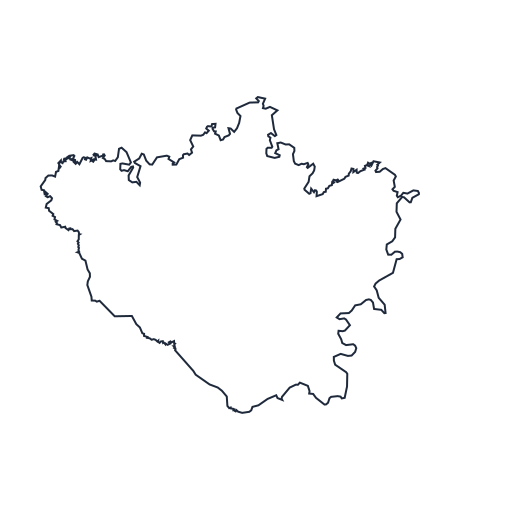 Ban Muang, Sakon Nakhon, Thailand, rotated 67°
{"feature_id": "78962969B64071020381099", "entity_name": "Ban Muang", "entity_type": "district", "adm_level": 2, "iso_a3": "THA", "parent_name": "Thailand", "parent_adm1": "Sakon Nakhon", "projection": "albers", "projection_center": [103.488, 17.919], "detail": "fine", "context": "isolated", "style": "outline", "palette": "slate", "viewbox_px": 512, "rotation_deg": 67, "n_neighbors": 0, "source": "geoboundaries", "source_scale": "gbopen_adm2", "svg_char_len": 6102}
<svg xmlns="http://www.w3.org/2000/svg" viewBox="0 0 512 512"><g transform="rotate(67 256 256)"><path d="M126.3,428.4L129.3,430.6L131.0,428.1L133.5,428.8L138.2,426.2L139.5,427.5L141.6,425.8L143.6,427.2L146.0,425.3L146.3,427.0L147.9,426.4L148.8,427.2L151.0,424.3L153.7,424.1L154.5,420.2L155.8,420.4L158.9,418.5L157.7,417.2L158.0,416.1L158.8,416.4L159.6,414.4L162.0,413.7L162.9,410.3L164.8,409.8L166.8,410.3L167.2,409.7L167.4,410.9L171.5,412.7L172.7,414.6L174.3,414.0L175.2,415.2L176.9,414.9L178.3,416.1L179.4,415.8L181.1,417.1L182.8,417.1L182.8,418.9L184.1,417.5L190.5,417.3L193.6,414.8L202.6,416.3L207.0,415.7L210.3,417.0L213.6,420.7L216.8,422.6L229.2,423.4L232.8,424.6L234.3,421.4L235.8,420.4L236.1,417.5L256.3,409.6L262.7,393.7L272.0,392.8L276.4,390.8L282.7,390.8L283.9,389.4L285.8,390.3L288.2,387.5L288.8,388.2L290.2,386.0L292.3,384.8L292.6,382.6L293.9,381.2L296.2,380.2L295.8,379.1L296.8,379.6L298.3,378.7L297.5,377.0L298.0,375.1L299.7,375.5L299.6,374.7L301.9,373.9L301.3,373.4L303.2,372.1L303.1,369.4L301.4,369.9L301.2,368.1L302.5,367.6L302.3,364.7L304.1,365.3L305.0,364.8L305.2,365.7L307.3,366.1L307.0,366.9L308.3,366.3L308.7,367.3L310.2,366.4L311.2,367.3L337.3,358.6L341.7,357.9L356.1,348.9L362.1,342.6L366.8,340.0L373.9,337.8L382.8,340.9L385.6,340.1L385.6,338.5L386.5,338.7L387.9,336.5L389.0,337.0L389.1,335.8L390.1,336.2L391.1,335.4L390.3,334.2L392.3,333.3L395.0,330.0L396.8,323.1L396.2,320.7L393.5,318.2L394.4,312.1L392.1,301.2L392.1,291.8L395.2,291.7L398.7,288.1L397.3,288.2L395.8,287.1L390.3,276.4L390.0,269.6L390.9,267.7L389.7,265.1L395.8,259.0L401.3,259.5L403.4,260.8L405.3,257.3L410.0,256.2L419.5,251.0L420.0,249.5L419.2,247.0L415.6,243.9L415.0,241.9L416.9,235.6L418.5,233.1L420.6,232.7L421.2,229.8L411.7,223.2L400.1,218.0L398.2,218.4L387.0,225.6L382.8,225.2L379.3,223.8L379.2,216.3L383.9,210.4L385.0,206.9L383.0,202.2L380.0,199.7L377.2,199.8L375.2,201.0L373.2,207.9L369.8,210.6L365.9,210.1L359.7,210.7L357.1,209.2L359.1,205.6L359.4,203.3L356.4,196.6L349.6,198.0L347.9,199.2L346.8,203.8L344.1,205.7L341.9,200.6L344.8,192.8L343.6,189.2L340.2,184.0L341.4,178.4L339.5,171.9L340.0,169.1L341.3,167.5L344.5,166.5L350.9,168.0L354.5,161.7L358.8,160.2L359.1,159.0L351.1,156.6L342.4,159.4L334.8,158.3L330.2,159.2L328.1,156.7L326.7,152.2L325.0,136.5L313.9,127.8L314.9,125.0L314.5,121.5L311.2,120.6L308.9,121.7L307.3,123.9L306.3,126.4L307.7,130.9L306.4,133.8L300.9,133.5L296.5,131.1L295.7,124.8L293.2,120.7L285.4,117.1L278.9,108.7L270.2,109.4L262.5,105.8L258.8,98.4L259.8,96.8L266.6,93.7L267.0,92.5L263.5,89.3L262.8,82.0L261.7,81.4L259.4,81.6L257.1,85.5L257.7,92.2L255.4,95.7L257.1,98.9L257.3,102.5L255.5,102.8L252.5,100.7L249.7,103.9L247.9,104.3L246.6,101.2L240.3,99.8L237.4,96.2L235.5,96.4L225.7,102.5L225.5,105.2L226.8,109.2L225.6,112.7L224.1,112.7L222.8,109.9L221.4,109.8L220.4,108.4L219.4,108.7L218.3,105.5L214.7,110.8L218.0,114.6L216.9,115.3L215.4,113.0L215.3,115.5L213.9,116.4L215.3,117.7L217.0,117.3L215.6,118.7L215.6,120.5L217.7,120.8L217.6,122.8L218.9,122.4L218.7,126.7L219.5,129.7L218.7,130.7L215.9,129.7L216.8,133.6L213.9,132.3L212.8,133.9L215.1,135.8L216.5,138.4L218.2,139.3L218.1,142.7L219.4,144.5L219.8,152.1L219.1,152.7L217.5,150.1L217.7,152.6L216.1,154.8L216.8,155.6L218.8,155.4L219.0,156.5L218.0,157.1L220.4,158.5L220.1,161.1L221.8,163.4L221.4,165.3L224.1,166.7L223.7,168.7L225.1,170.4L224.6,176.9L220.7,174.9L219.3,175.0L218.5,176.0L219.9,177.7L215.6,178.9L219.5,181.3L219.5,182.7L214.0,185.4L212.8,185.2L208.3,178.6L203.5,175.6L202.0,171.6L199.9,169.0L196.7,167.0L193.4,167.3L195.1,174.0L194.1,174.4L192.1,172.0L190.5,172.1L190.2,176.1L188.9,178.0L189.0,181.2L186.3,183.9L183.4,184.1L176.7,182.2L174.3,179.6L171.4,178.5L166.2,181.8L164.9,185.2L161.2,188.9L160.5,192.3L166.5,193.5L166.7,195.9L168.8,198.1L172.5,194.8L173.8,195.8L173.0,200.5L168.4,206.6L165.5,206.4L161.5,204.5L160.9,202.9L162.5,199.4L161.8,198.3L154.8,198.0L152.7,196.5L150.6,197.9L149.1,197.5L148.7,194.2L153.0,191.8L152.6,190.0L146.4,189.9L132.6,186.4L130.3,179.4L124.2,184.9L124.2,189.5L122.6,191.8L120.7,190.3L118.6,190.2L114.7,186.1L110.4,192.3L111.0,194.2L114.5,192.9L115.4,194.0L112.3,201.9L112.6,216.4L113.5,217.1L117.1,217.2L121.1,215.6L126.9,219.5L131.0,223.6L133.2,227.6L128.8,229.5L127.6,231.4L133.4,232.2L134.3,233.9L134.2,238.5L135.9,240.8L135.6,243.3L130.6,243.1L127.4,245.9L125.6,244.4L124.8,245.9L121.9,246.3L121.1,245.5L121.6,243.4L118.5,241.6L117.4,244.9L119.4,246.4L117.7,249.5L117.9,250.6L119.2,252.0L122.2,250.5L123.6,253.5L122.3,254.6L123.8,257.2L123.7,259.7L120.1,267.5L123.6,271.3L130.7,271.0L132.4,274.2L135.9,274.5L136.9,278.1L134.9,279.0L134.1,282.8L134.7,283.9L137.0,284.7L136.9,288.8L140.7,293.6L139.4,297.0L138.4,296.6L137.9,294.8L132.5,298.6L130.7,297.0L128.8,298.9L126.5,308.6L131.3,315.8L130.1,318.1L125.3,319.8L118.7,319.6L117.2,321.2L120.6,325.4L121.6,331.3L123.0,331.2L128.2,327.2L136.9,334.5L143.2,334.0L145.4,335.4L141.0,337.1L139.9,341.1L136.4,343.4L132.1,341.8L126.6,334.5L125.5,334.3L125.2,336.0L127.9,340.9L125.4,343.9L125.0,346.5L123.1,347.1L118.2,344.8L118.6,342.8L122.4,337.0L121.0,334.6L109.8,334.6L103.8,337.4L103.8,340.2L111.1,344.6L113.5,348.5L112.2,350.1L112.3,352.3L110.1,356.9L107.7,357.3L106.0,358.6L104.4,356.0L103.0,356.2L102.8,357.0L103.8,357.7L103.5,362.2L101.0,362.1L101.1,363.8L100.0,362.9L98.6,364.6L99.3,366.0L100.2,365.8L100.5,364.6L104.8,365.6L104.2,366.7L105.6,369.0L104.9,369.4L103.7,368.4L103.9,371.0L101.5,369.3L101.5,370.7L99.3,372.8L101.0,374.8L100.2,375.6L99.2,374.5L97.8,376.0L97.9,377.2L102.5,382.7L99.6,383.8L100.7,386.0L98.8,386.8L99.0,385.6L96.9,385.0L95.6,386.4L96.8,387.0L94.1,389.7L95.2,386.7L92.9,384.1L91.9,384.5L90.8,388.7L91.1,390.1L92.1,388.5L93.1,389.8L92.3,391.0L93.1,393.5L92.0,392.6L91.5,394.5L92.1,395.1L94.2,394.6L93.6,396.4L94.9,397.8L93.4,398.9L91.8,398.3L93.6,402.4L93.4,400.6L95.1,401.6L97.4,400.9L98.1,402.1L97.0,402.6L100.5,404.7L100.4,407.2L104.4,409.9L102.2,412.2L100.8,415.7L102.0,419.3L103.7,420.3L107.8,427.0L111.3,427.5L112.6,425.5L116.5,426.4L116.6,425.6L115.1,424.6L117.4,423.5L118.8,426.0L120.5,424.8L120.5,422.1L123.1,421.2L124.8,422.7L126.3,428.4Z" fill="none" stroke="#1e293b" stroke-width="2"/></g></svg>